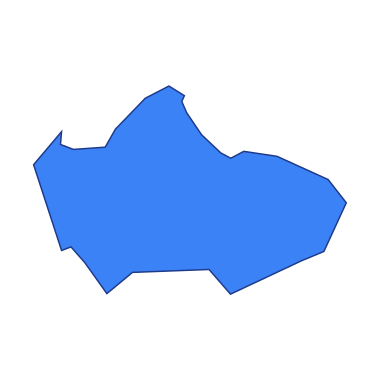 outline of Poquoson, Virginia, United States of America, rotated 346°
{"feature_id": "52423323B32700923685802", "entity_name": "Poquoson", "entity_type": "district", "adm_level": 2, "iso_a3": "USA", "parent_name": "United States of America", "parent_adm1": "Virginia", "projection": "albers", "projection_center": [-76.358, 37.134], "detail": "fine", "context": "isolated", "style": "filled", "palette": "blue", "viewbox_px": 384, "rotation_deg": 346, "n_neighbors": 0, "source": "geoboundaries", "source_scale": "gbopen_adm2", "svg_char_len": 495}
<svg xmlns="http://www.w3.org/2000/svg" viewBox="0 0 384 384"><g transform="rotate(346 192 192)"><path d="M80.0,101.9L44.9,127.2L51.3,217.2L61.3,216.0L70.9,234.6L84.8,270.0L114.8,255.6L189.8,271.3L204.6,300.4L281.7,285.2L305.6,281.6L339.1,239.8L327.1,212.9L283.2,178.0L252.1,165.1L237.8,168.6L229.5,161.2L215.2,138.9L206.0,113.8L204.0,101.7L207.9,96.7L195.2,83.6L169.4,89.7L133.0,112.4L118.6,127.5L87.3,122.0L75.9,114.1L80.0,101.9Z" fill="#3b82f6" stroke="#1e3a8a" stroke-width="1.5"/></g></svg>